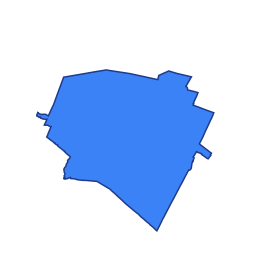 Gioseni, Bacau, Romania, rotated 122°
{"feature_id": "2599482B9784344865967", "entity_name": "Gioseni", "entity_type": "district", "adm_level": 2, "iso_a3": "ROU", "parent_name": "Romania", "parent_adm1": "Bacau", "projection": "natural_earth1", "projection_center": [27.009, 46.422], "detail": "fine", "context": "isolated", "style": "filled", "palette": "blue", "viewbox_px": 256, "rotation_deg": 122, "n_neighbors": 0, "source": "geoboundaries", "source_scale": "gbopen_adm2", "svg_char_len": 4253}
<svg xmlns="http://www.w3.org/2000/svg" viewBox="0 0 256 256"><g transform="rotate(122 128 128)"><path d="M147.6,203.5L148.5,203.4L150.4,203.2L153.8,202.8L156.6,202.4L160.0,202.0L160.0,204.3L160.0,204.9L160.8,206.4L162.3,208.6L162.8,209.9L163.0,210.8L162.6,212.0L162.6,212.7L163.0,212.6L164.8,212.3L165.1,212.3L165.7,212.1L166.0,211.9L166.1,211.5L166.0,210.9L166.0,210.5L166.0,210.2L166.1,209.8L166.0,209.3L165.9,209.0L165.6,208.8L165.2,208.6L165.1,208.4L165.1,208.0L165.4,207.8L165.9,207.6L165.9,207.4L165.9,206.9L165.7,206.3L165.5,205.6L165.5,205.2L165.4,204.7L165.1,204.2L164.7,203.6L164.5,202.8L164.2,202.2L163.6,201.4L164.4,201.3L165.4,201.0L165.6,201.0L165.8,201.0L166.4,200.9L167.1,200.8L168.0,200.8L168.7,200.7L169.9,200.5L169.2,199.2L168.6,198.5L168.4,197.8L168.2,197.2L168.1,196.8L168.1,196.3L168.2,195.8L168.1,195.2L167.6,194.0L169.3,193.7L171.8,193.3L174.4,192.9L176.5,192.4L178.7,192.2L178.9,190.4L179.0,189.1L179.2,187.6L179.3,186.0L179.4,184.8L179.6,183.1L179.8,182.7L179.9,181.8L179.5,181.5L180.0,181.1L180.1,179.9L180.0,178.8L179.8,178.7L180.3,178.3L180.5,177.8L180.7,176.4L180.9,174.5L181.1,172.4L181.3,171.0L181.5,170.2L181.1,169.3L181.3,169.1L181.7,169.0L181.8,168.6L182.0,167.9L182.1,167.5L182.2,167.0L182.4,165.7L182.6,164.2L182.8,162.8L183.0,161.6L184.1,161.4L185.0,161.6L185.9,161.6L186.3,162.0L187.9,161.9L188.5,161.1L191.9,161.1L193.0,160.3L194.9,160.7L196.1,160.7L197.0,160.5L198.0,159.7L198.8,158.9L199.1,158.8L199.6,158.2L199.9,157.6L200.3,157.1L201.0,156.8L202.1,156.9L202.9,156.4L203.2,155.6L203.2,155.2L203.5,155.1L203.9,155.8L204.1,156.0L204.9,155.7L205.0,155.0L204.8,154.5L204.5,154.1L204.0,153.7L203.5,153.1L202.9,152.4L202.5,152.2L202.0,151.9L201.6,151.7L201.3,151.5L201.1,151.1L201.0,150.8L200.9,150.5L200.8,150.4L200.7,150.4L200.8,150.3L200.9,150.2L201.1,150.1L201.3,149.9L200.9,149.2L200.7,148.7L200.1,147.7L199.4,146.3L199.1,145.0L198.9,144.2L198.3,142.7L197.4,140.8L196.5,138.9L194.7,135.8L192.3,131.1L190.9,128.3L189.7,125.9L189.6,119.2L189.4,110.9L190.0,108.2L190.5,104.9L191.0,102.4L191.3,101.1L191.6,99.3L191.8,98.5L192.0,97.0L192.6,93.9L193.4,90.3L193.9,86.7L194.3,83.7L194.5,82.3L194.7,80.9L194.9,79.4L195.1,77.8L195.3,76.2L195.4,75.4L195.4,74.6L195.6,73.2L195.9,72.3L196.1,71.4L196.4,70.4L196.5,69.4L196.7,68.4L196.8,67.4L196.9,66.3L197.2,65.2L197.3,64.2L197.5,63.0L197.6,62.2L197.8,61.6L197.8,60.9L197.8,59.9L197.8,59.5L197.9,59.3L198.2,58.7L198.3,58.4L198.4,58.2L198.4,57.7L198.5,56.8L198.7,55.8L198.7,55.0L198.9,54.3L198.9,54.0L199.1,53.1L199.2,52.6L199.3,52.3L199.4,52.0L199.4,51.8L199.4,51.7L199.5,51.5L199.5,51.3L199.6,50.6L199.7,50.4L199.8,50.2L199.8,49.6L199.9,49.0L195.2,49.4L192.2,49.7L189.5,50.0L187.2,50.3L184.6,50.4L179.5,50.8L176.9,51.0L174.3,51.2L171.8,51.4L169.2,51.6L166.6,51.8L164.1,51.9L161.5,52.1L158.9,52.3L156.4,52.5L153.8,52.7L151.2,52.9L148.7,53.1L146.1,53.2L143.5,53.4L140.9,53.6L138.4,53.8L135.8,54.0L131.7,54.3L131.7,54.0L131.1,53.5L130.2,53.0L128.9,53.0L128.0,53.3L124.6,54.8L123.4,55.2L123.0,55.2L122.2,55.4L122.1,55.1L121.8,55.1L121.4,55.2L121.5,55.7L120.2,55.7L119.1,55.9L118.2,56.2L118.3,56.9L118.1,57.4L117.0,57.3L115.9,57.3L113.6,57.3L112.9,57.3L111.8,57.4L111.8,57.0L111.7,56.3L111.7,55.7L111.5,55.0L111.3,54.3L111.1,53.4L110.9,52.7L111.0,52.3L110.9,51.8L111.5,51.6L111.5,50.4L111.6,47.8L111.7,46.7L111.8,45.6L111.8,45.1L111.8,44.6L111.7,43.7L109.5,43.5L107.2,43.3L107.0,44.0L106.1,43.9L105.1,43.9L105.1,45.0L104.9,47.1L104.7,48.5L104.6,49.6L104.5,51.3L104.2,54.1L104.0,55.8L104.0,56.0L103.8,58.2L103.7,58.7L103.6,59.1L102.3,59.2L101.0,59.3L97.8,59.6L96.8,59.7L96.3,59.7L94.8,59.9L94.5,60.0L94.1,60.0L91.6,60.4L90.2,60.6L86.1,61.1L83.3,61.4L80.2,61.8L78.6,62.0L76.7,62.2L74.6,62.4L73.5,62.6L69.6,63.3L70.3,66.4L71.9,74.0L73.1,80.3L73.4,81.4L74.1,84.9L72.4,85.2L72.5,85.7L69.4,86.1L65.4,86.6L64.3,86.7L61.4,87.3L60.9,87.4L61.5,89.5L62.0,91.3L63.1,94.5L64.1,97.7L63.0,98.4L62.1,99.6L62.1,101.0L60.8,101.0L59.5,101.0L58.0,101.1L56.5,101.1L52.8,101.3L51.7,101.3L51.0,101.3L51.6,103.1L55.7,115.1L56.7,118.6L58.0,123.6L61.8,126.2L67.0,129.7L67.9,129.5L69.0,129.1L70.2,128.7L71.2,128.4L80.9,155.3L88.7,173.4L90.4,177.4L91.8,178.9L96.3,184.1L109.6,198.9L119.0,209.5L139.2,205.3L145.3,204.0L146.2,203.8L147.6,203.5Z" fill="#3b82f6" stroke="#1e3a8a" stroke-width="1.5"/></g></svg>